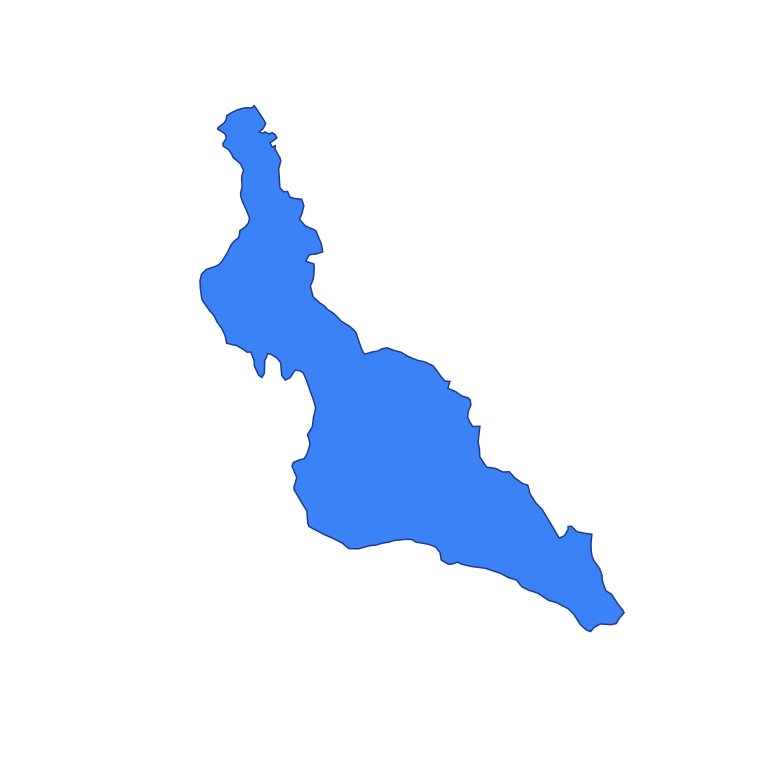 outline of Tochni, Larnaca, Cyprus, rotated 158°
{"feature_id": "46923920B66389715069900", "entity_name": "Tochni", "entity_type": "district", "adm_level": 2, "iso_a3": "CYP", "parent_name": "Cyprus", "parent_adm1": "Larnaca", "projection": "mercator", "projection_center": [33.321, 34.765], "detail": "fine", "context": "isolated", "style": "filled", "palette": "blue", "viewbox_px": 768, "rotation_deg": 158, "n_neighbors": 0, "source": "geoboundaries", "source_scale": "gbopen_adm2", "svg_char_len": 3567}
<svg xmlns="http://www.w3.org/2000/svg" viewBox="0 0 768 768"><g transform="rotate(158 384 384)"><path d="M400.1,690.8L403.0,689.5L409.6,692.1L412.5,692.6L417.7,693.1L424.1,692.7L429.3,691.6L430.7,689.3L431.7,687.8L435.0,685.7L439.1,684.7L442.2,683.6L442.8,682.5L442.4,682.1L440.0,679.1L438.3,676.4L437.5,674.2L438.4,670.6L443.0,667.6L444.0,664.9L442.2,662.1L440.4,659.6L439.4,655.7L438.9,650.0L436.7,646.1L435.8,644.2L434.6,641.9L434.5,640.3L434.1,634.7L437.8,630.4L439.6,626.2L440.7,622.7L441.5,620.5L443.2,617.8L445.3,615.1L446.5,611.9L446.9,605.8L446.5,597.7L446.5,592.5L446.4,588.4L449.2,584.3L453.7,581.5L460.0,580.3L462.9,575.4L464.1,574.1L469.5,572.5L474.1,570.0L475.3,568.8L480.2,564.3L488.5,558.2L492.9,556.4L497.3,556.2L501.8,556.6L505.8,556.8L511.9,554.3L515.9,548.8L518.4,541.7L519.7,536.5L521.0,531.4L521.0,529.0L518.2,517.1L516.1,511.6L515.5,504.2L513.6,495.8L513.2,488.5L514.6,480.7L506.0,474.6L501.5,468.8L499.0,464.8L495.6,463.5L495.6,454.5L497.5,449.2L496.9,439.3L494.8,435.8L491.0,438.7L488.3,444.6L485.9,450.3L482.8,453.0L480.9,455.7L477.7,454.0L473.7,448.4L471.8,442.5L473.9,436.0L475.6,430.1L474.1,424.6L468.6,425.1L463.1,429.0L460.6,430.1L456.4,427.1L454.7,424.2L454.5,416.9L455.1,404.7L455.4,394.9L456.3,387.4L461.9,379.4L466.4,371.3L474.0,365.6L474.2,361.0L475.1,356.1L478.5,351.7L482.1,347.4L486.5,344.5L489.8,345.2L492.2,345.3L497.1,345.3L500.0,342.6L500.0,335.9L499.9,330.2L503.3,325.4L506.0,322.5L506.9,319.4L504.9,305.8L503.1,295.1L505.4,288.1L506.9,283.5L506.9,280.0L503.7,276.1L500.5,272.3L494.6,265.5L489.5,260.4L482.4,252.3L479.4,246.7L478.3,244.6L469.4,240.7L457.8,239.5L452.1,237.7L445.3,237.1L439.1,235.6L434.0,235.3L430.8,234.4L421.9,231.8L416.5,229.4L413.6,225.5L402.6,218.6L397.2,213.6L395.2,206.7L396.9,199.3L391.8,192.7L388.2,191.6L382.6,191.2L379.3,187.7L374.1,184.1L372.0,182.5L359.3,175.3L346.8,164.7L340.9,157.7L334.5,152.5L332.2,144.4L327.6,139.1L323.2,135.4L319.4,132.0L312.4,121.7L305.8,116.6L301.4,111.2L297.4,106.7L294.2,99.2L292.1,87.4L288.5,80.1L285.2,77.0L281.2,79.4L273.3,80.5L263.9,76.0L258.5,74.9L253.5,78.8L247.2,81.8L247.1,83.8L249.6,92.5L251.8,103.7L255.7,109.3L255.6,115.2L255.1,120.6L253.5,125.0L253.2,132.0L255.6,142.0L255.6,146.6L254.4,151.6L251.9,158.5L247.5,166.8L253.8,170.4L260.5,174.7L263.5,181.9L266.7,183.0L267.8,180.2L273.4,175.8L279.3,175.4L281.0,187.1L284.3,208.2L287.7,216.8L289.7,227.3L288.6,236.4L292.7,239.6L297.9,247.9L300.7,255.7L306.9,257.9L311.9,263.7L320.0,268.5L322.5,280.5L320.0,287.4L318.3,295.4L310.9,308.9L317.7,311.3L318.6,316.1L318.9,321.9L316.1,327.1L311.2,332.1L310.1,336.9L311.1,339.5L316.2,343.6L318.9,347.7L320.1,349.7L326.4,356.2L321.9,361.7L326.4,363.9L328.3,369.4L329.3,373.7L331.5,382.2L336.5,387.7L338.1,389.4L343.9,393.3L347.9,397.1L351.7,400.9L356.2,407.0L359.3,409.3L362.8,411.9L367.5,416.4L372.1,417.4L377.8,416.9L382.1,418.0L391.0,418.9L391.7,425.1L391.3,432.7L390.7,442.1L391.5,444.8L394.3,450.5L397.2,454.2L400.4,458.7L404.0,467.9L408.8,474.8L410.1,478.8L412.9,482.8L417.1,491.4L415.6,502.4L409.9,508.2L405.7,516.7L404.0,521.5L410.5,527.2L404.8,531.8L397.7,529.9L391.3,529.5L389.6,537.2L389.8,551.9L397.9,560.3L400.6,568.5L396.6,572.3L391.5,579.3L391.1,586.2L397.5,589.5L401.3,592.7L401.3,598.6L405.1,599.9L407.0,605.1L403.6,615.0L401.2,622.7L396.2,629.5L395.8,632.2L396.4,637.9L397.0,642.7L395.6,645.6L398.9,645.5L399.4,650.5L396.7,650.7L391.1,652.4L391.5,655.9L393.6,659.0L396.2,658.7L398.1,660.0L399.9,662.3L402.4,661.8L405.5,664.4L400.7,665.9L396.1,669.8L396.4,672.9L398.7,685.1L400.1,690.8Z" fill="#3b82f6" stroke="#1e3a8a" stroke-width="1.5"/></g></svg>